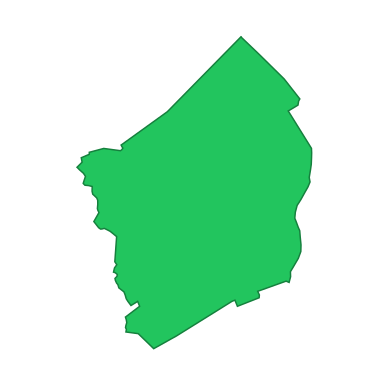 the district of Kulaijaya, Johor, Malaysia, rotated 95°
{"feature_id": "92858781B77755411745481", "entity_name": "Kulaijaya", "entity_type": "district", "adm_level": 2, "iso_a3": "MYS", "parent_name": "Malaysia", "parent_adm1": "Johor", "projection": "orthographic", "projection_center": [103.587, 1.669], "detail": "fine", "context": "isolated", "style": "filled", "palette": "green", "viewbox_px": 384, "rotation_deg": 95, "n_neighbors": 0, "source": "geoboundaries", "source_scale": "gbopen_adm2", "svg_char_len": 1418}
<svg xmlns="http://www.w3.org/2000/svg" viewBox="0 0 384 384"><g transform="rotate(95 192 192)"><path d="M32.6,156.3L114.2,223.6L151.4,266.7L153.0,265.7L154.3,264.7L156.1,265.7L157.1,266.9L156.3,283.7L161.4,297.8L163.4,297.6L167.5,305.3L171.9,304.1L177.4,308.7L180.0,305.6L182.8,301.8L185.7,299.5L192.2,301.0L193.0,301.1L194.6,299.2L194.6,295.7L195.2,291.9L200.0,291.6L202.8,290.7L206.2,286.4L208.5,285.2L212.5,284.8L216.8,284.8L218.4,284.2L220.6,282.9L230.0,287.2L235.7,281.9L236.9,279.9L236.7,278.5L235.9,276.2L237.1,273.0L238.3,270.1L239.9,267.7L243.0,263.2L268.2,262.8L271.0,260.6L274.4,262.6L278.7,263.2L279.1,261.4L280.7,259.2L282.6,259.4L284.8,261.2L286.8,260.6L289.3,259.2L290.7,257.8L293.9,256.5L297.4,251.1L300.4,249.6L304.1,248.2L306.7,246.2L310.4,242.9L305.7,236.6L310.4,234.2L322.4,247.4L324.8,246.4L327.8,245.6L330.7,246.2L332.9,246.4L334.5,245.4L337.2,245.6L337.8,233.2L351.4,216.5L340.5,200.5L336.8,195.0L297.4,142.6L296.0,139.8L301.9,136.8L291.5,115.9L288.7,115.9L285.2,117.9L272.6,90.5L273.6,87.4L267.8,86.4L262.8,87.0L258.3,84.8L248.8,80.3L241.8,78.4L235.2,78.8L227.2,80.3L221.2,81.3L217.7,83.2L213.6,85.1L209.2,87.3L203.1,87.3L196.2,86.1L190.1,82.9L181.6,79.1L176.8,76.9L171.7,75.3L167.3,76.5L159.7,75.9L154.0,75.6L147.6,75.9L142.6,76.2L138.1,76.8L102.9,103.2L96.2,94.0L92.1,93.7L89.9,92.7L71.4,110.0L49.1,137.0L33.4,156.6L32.6,156.3Z" fill="#22c55e" stroke="#15803d" stroke-width="1.5"/></g></svg>